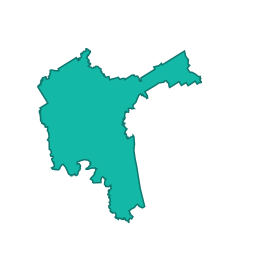 the district of Zirņu pag., Saldus, Latvia, rotated 70°
{"feature_id": "27541924B62939624969676", "entity_name": "Zirņu pag.", "entity_type": "district", "adm_level": 2, "iso_a3": "LVA", "parent_name": "Latvia", "parent_adm1": "Saldus", "projection": "orthographic", "projection_center": [22.269, 56.702], "detail": "fine", "context": "isolated", "style": "filled", "palette": "teal", "viewbox_px": 256, "rotation_deg": 70, "n_neighbors": 0, "source": "geoboundaries", "source_scale": "gbopen_adm2", "svg_char_len": 5882}
<svg xmlns="http://www.w3.org/2000/svg" viewBox="0 0 256 256"><g transform="rotate(70 128 128)"><path d="M104.3,42.5L103.8,44.3L101.0,45.8L97.4,48.9L96.9,50.8L92.6,51.8L92.3,51.8L91.4,50.8L90.2,48.6L88.6,49.8L84.5,47.9L80.5,49.3L75.0,48.6L80.4,74.3L78.7,74.5L80.2,78.1L79.8,78.8L79.5,82.9L82.0,82.5L85.3,98.5L87.6,99.6L88.3,99.3L88.2,100.5L87.8,101.1L85.4,100.6L82.6,101.3L82.1,102.5L82.0,103.5L81.1,104.5L80.5,104.1L80.1,104.5L79.7,106.3L81.5,114.4L80.4,114.1L79.6,115.8L79.5,119.2L77.1,119.7L76.7,124.8L76.4,126.2L76.5,128.7L73.1,128.4L72.7,131.5L71.9,132.0L70.3,132.0L70.5,132.8L70.3,133.1L69.8,133.0L69.6,132.2L69.3,132.0L68.3,133.2L67.5,133.6L65.8,133.5L65.5,133.7L65.6,134.1L63.1,133.2L61.7,134.7L60.0,135.2L59.0,137.1L59.8,138.1L59.2,139.2L60.0,139.9L59.9,140.5L59.6,141.1L58.3,141.9L58.0,142.6L56.3,144.1L55.7,142.2L55.4,142.1L55.4,141.6L54.8,141.2L53.8,141.5L53.7,141.9L53.8,142.7L52.1,143.1L51.6,142.8L51.8,141.7L51.4,141.4L47.6,142.8L47.3,142.1L45.7,140.7L46.2,140.3L44.1,138.2L44.2,137.6L43.0,137.2L42.4,137.4L42.0,138.0L40.7,138.7L40.6,139.2L39.7,139.4L39.2,140.3L41.6,141.5L41.1,142.7L40.9,143.7L42.3,145.3L41.9,145.4L41.9,146.6L42.2,147.0L45.6,147.6L46.1,149.5L45.6,149.8L45.7,150.9L47.3,150.1L47.6,151.3L47.7,151.8L44.2,152.5L48.5,173.3L49.9,173.1L50.5,173.7L49.1,177.1L47.1,180.4L47.3,181.5L49.5,182.0L50.2,183.0L51.4,183.0L52.0,183.8L52.3,185.1L52.9,184.9L54.4,185.3L54.3,185.6L54.6,187.0L54.1,188.1L53.5,188.2L52.6,187.4L51.7,187.8L51.7,191.2L52.0,191.2L52.1,191.6L52.3,191.7L52.4,191.4L52.8,191.4L52.8,191.8L53.1,191.8L53.1,192.6L53.8,192.3L53.7,192.6L54.0,192.6L53.7,192.9L53.8,193.5L54.3,193.2L54.8,194.1L55.5,193.7L55.8,194.2L55.3,194.1L55.8,194.8L56.4,195.3L56.7,195.0L57.1,196.1L57.4,195.8L57.3,196.6L57.5,196.6L57.4,196.8L57.6,197.0L57.6,197.4L58.0,197.5L57.8,197.9L58.1,198.7L57.9,198.8L77.2,194.8L79.1,203.8L79.7,203.4L80.7,203.3L81.2,204.0L81.2,204.5L82.0,204.6L81.8,204.9L82.1,204.9L82.1,205.2L82.4,205.2L82.5,205.6L82.7,205.3L83.7,205.8L83.7,205.4L84.5,205.3L85.8,206.3L86.6,205.9L87.1,206.3L88.6,206.8L89.6,206.7L89.9,207.2L90.1,207.1L91.3,207.6L93.0,207.0L93.9,207.4L94.8,206.7L94.7,206.5L94.7,206.2L95.3,206.1L95.3,205.7L95.9,205.1L96.3,205.6L97.2,204.8L98.4,205.5L98.9,205.4L99.3,204.6L99.2,203.4L99.4,203.1L100.0,203.5L100.9,203.5L102.9,204.7L104.2,204.2L108.3,204.8L109.9,205.5L111.8,207.8L113.4,206.6L121.8,209.5L121.2,208.9L122.2,208.1L124.4,208.3L125.1,208.6L126.6,210.2L128.1,210.1L128.6,209.6L128.6,208.9L128.8,208.2L129.4,208.1L130.0,208.3L130.8,209.1L130.8,210.1L131.6,210.5L134.8,210.1L134.8,209.4L135.1,209.3L136.4,210.1L137.0,209.7L137.7,209.9L139.0,210.5L139.4,213.5L141.1,212.8L141.3,211.7L141.6,211.1L142.3,210.7L142.1,209.8L142.8,209.4L143.4,208.0L143.4,207.3L143.1,206.9L143.0,206.2L141.3,204.9L140.1,202.7L139.9,201.4L143.7,200.0L151.0,199.5L152.0,198.5L153.4,198.0L153.7,197.1L153.0,196.8L153.2,196.0L153.1,195.4L153.6,194.8L153.5,194.1L152.9,193.8L154.9,193.2L154.7,191.7L153.9,190.7L152.0,189.7L151.8,189.1L151.1,188.5L150.8,187.9L150.9,187.6L149.5,186.5L148.9,186.7L147.5,185.6L146.3,185.7L144.7,186.1L144.8,188.0L142.6,187.5L142.6,184.6L142.4,183.4L142.9,179.3L143.5,178.7L144.6,176.4L147.8,174.9L148.5,176.0L149.4,175.6L152.0,180.0L151.6,180.5L151.6,180.9L152.4,181.5L153.0,180.0L153.2,178.4L153.1,176.8L153.3,175.6L153.6,175.1L153.5,174.5L154.1,173.8L154.2,172.5L155.7,171.3L155.8,172.5L157.4,173.2L158.8,175.0L159.4,174.7L160.7,176.5L162.5,180.1L163.1,180.8L165.3,179.1L167.2,179.7L167.7,179.3L170.0,172.1L167.4,171.2L165.8,170.0L165.1,168.4L166.6,167.5L167.3,167.7L167.8,167.4L168.0,166.5L168.6,166.2L169.8,167.8L171.7,168.8L173.2,169.4L174.6,168.6L175.3,168.9L176.6,166.1L175.8,164.0L176.1,163.5L177.5,164.5L179.0,164.5L179.8,166.1L180.5,166.4L180.6,166.6L179.7,167.1L179.9,167.7L180.9,167.5L181.1,167.7L181.1,168.1L181.4,168.2L181.7,167.9L182.8,168.3L183.3,169.6L183.9,169.7L184.0,169.2L184.9,168.9L185.2,168.2L186.4,169.8L187.2,169.7L187.2,169.2L187.4,168.8L189.1,169.5L191.0,169.7L191.3,170.9L191.7,170.6L192.3,171.0L194.2,170.9L194.4,171.1L194.4,172.0L194.4,172.4L195.1,172.8L196.0,172.8L196.4,173.1L198.1,172.1L199.4,173.0L200.1,173.1L201.1,172.7L200.8,172.3L201.0,172.0L202.6,171.8L202.6,170.7L203.2,169.5L203.7,169.0L206.1,169.0L206.5,169.6L207.0,169.9L207.4,170.6L207.6,170.5L207.5,169.8L208.2,169.2L208.9,169.9L209.3,169.0L210.5,168.4L209.5,167.5L210.8,165.9L210.8,165.0L211.9,164.8L212.4,163.2L211.3,162.7L211.5,161.9L213.9,161.7L215.6,159.8L216.6,159.8L216.8,159.4L214.8,158.8L213.5,157.0L214.6,155.6L213.1,153.7L209.8,155.4L209.8,155.1L206.1,155.3L205.9,154.0L205.4,153.1L204.8,148.9L203.9,147.9L203.1,146.1L203.2,144.9L205.5,144.3L208.0,141.7L207.5,139.2L188.8,137.2L167.6,133.1L158.9,131.8L150.9,130.1L145.3,127.4L138.0,125.4L136.6,125.8L137.5,126.3L137.8,127.1L137.4,128.2L138.0,130.4L138.1,131.4L137.5,132.4L136.9,132.4L137.0,131.5L136.6,131.2L136.1,132.0L135.1,132.3L134.5,131.9L132.8,131.9L132.6,133.0L132.1,133.2L129.5,130.9L128.6,129.3L128.3,129.4L128.4,130.0L127.1,130.1L126.5,130.7L125.7,130.5L125.2,131.1L124.6,130.9L123.7,131.9L122.8,132.3L122.0,131.5L123.2,129.9L122.8,129.4L122.3,129.4L122.2,130.3L120.5,131.3L120.2,131.1L119.9,129.8L117.8,129.4L117.9,129.0L118.6,128.8L118.7,128.4L117.9,128.1L117.8,127.6L116.9,127.8L116.8,127.1L115.7,127.1L112.5,125.6L111.9,124.8L112.7,125.0L112.6,123.2L113.3,122.2L111.8,121.3L109.9,120.9L109.9,120.0L110.7,118.2L111.2,118.1L111.8,115.5L110.4,116.2L108.1,115.4L106.5,111.8L101.0,106.9L100.2,104.4L102.2,104.0L102.2,103.3L101.8,102.7L103.7,102.3L105.2,100.5L106.7,100.2L106.5,99.3L104.2,98.8L99.6,99.7L97.0,86.5L96.2,83.8L97.2,78.7L96.6,77.7L96.5,75.8L98.0,75.6L100.0,74.5L103.3,75.2L104.2,75.0L101.9,64.2L106.3,63.3L105.2,57.8L108.8,57.1L107.0,48.8L110.4,48.0L109.6,44.2L110.2,44.2L110.2,43.7L109.8,43.8L109.5,43.4L108.1,43.9L107.3,43.8L106.8,43.1L106.6,43.5L105.9,42.8L105.3,43.0L104.3,42.5Z" fill="#14b8a6" stroke="#0f766e" stroke-width="1.5"/></g></svg>